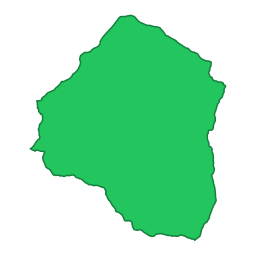 Negreni, Cluj, Romania (Mercator projection)
{"feature_id": "2599482B47059022989916", "entity_name": "Negreni", "entity_type": "district", "adm_level": 2, "iso_a3": "ROU", "parent_name": "Romania", "parent_adm1": "Cluj", "projection": "mercator", "projection_center": [22.749, 46.959], "detail": "fine", "context": "isolated", "style": "filled", "palette": "green", "viewbox_px": 256, "rotation_deg": 0, "n_neighbors": 0, "source": "geoboundaries", "source_scale": "gbopen_adm2", "svg_char_len": 5739}
<svg xmlns="http://www.w3.org/2000/svg" viewBox="0 0 256 256"><path d="M194.2,240.6L199.9,236.2L200.4,234.7L201.6,229.5L202.4,227.9L202.9,227.1L203.7,224.8L204.0,224.3L205.2,223.1L205.8,222.6L206.9,222.1L207.4,221.0L208.6,219.3L209.1,218.4L209.4,217.6L209.4,216.9L209.5,216.3L212.1,209.1L214.0,204.7L214.4,204.2L215.0,203.2L216.1,200.6L216.1,199.8L215.8,198.7L215.5,196.4L215.4,193.3L214.8,188.1L214.2,185.7L213.3,183.0L213.4,182.0L213.4,181.3L213.2,181.0L212.9,180.4L212.6,178.9L211.7,175.9L211.6,175.5L211.6,175.2L211.8,174.9L212.2,174.6L213.4,172.8L213.8,171.7L213.9,171.1L214.1,170.6L214.2,169.8L214.3,169.3L214.3,168.3L213.6,167.0L213.6,166.2L213.2,165.1L213.2,164.5L213.7,163.0L213.6,162.4L213.4,161.7L213.3,160.9L213.1,160.5L213.4,158.0L213.4,157.4L213.2,156.6L213.2,155.2L213.1,154.7L212.5,152.9L211.9,151.6L211.8,151.2L212.1,150.2L212.1,149.4L212.0,148.9L211.7,148.2L211.5,147.8L210.8,147.1L210.1,146.6L209.2,146.3L208.9,145.9L208.9,143.1L207.6,139.9L207.4,139.0L207.2,134.2L207.9,133.7L208.3,133.2L208.4,132.4L208.2,131.3L208.3,130.9L208.6,130.5L209.0,130.2L211.3,130.1L212.0,129.9L212.4,129.7L212.8,129.2L213.4,127.2L213.6,124.5L215.0,121.6L215.3,120.6L215.3,119.9L215.3,118.5L215.1,117.3L214.6,115.5L214.5,114.3L214.6,113.4L215.9,110.0L217.3,104.9L218.2,103.1L218.8,102.5L219.2,101.9L219.3,101.4L219.4,100.5L219.6,99.8L219.9,99.3L220.4,98.8L221.6,97.8L222.0,97.4L222.3,96.8L223.1,93.9L224.1,91.9L224.1,89.2L224.4,88.5L225.1,87.4L225.4,86.7L225.5,85.9L225.3,85.5L224.9,85.4L224.5,85.3L224.2,85.0L223.1,84.3L223.3,83.6L222.9,83.4L222.9,82.9L222.5,82.6L221.5,82.1L220.9,82.2L219.6,81.9L218.1,82.1L217.6,81.8L216.8,81.1L215.3,81.0L213.8,80.4L213.4,80.1L213.2,80.1L213.0,79.9L212.9,79.5L212.3,78.8L212.2,78.5L212.1,77.7L211.7,77.2L211.4,77.0L210.5,77.1L210.1,76.7L209.8,76.1L209.4,74.3L208.8,73.6L208.6,73.1L208.9,71.8L209.8,70.5L209.8,70.0L209.7,69.0L209.7,68.8L210.9,65.8L211.1,64.5L211.1,62.7L211.1,62.1L210.9,61.8L208.2,61.0L206.3,60.9L204.9,60.3L204.1,60.1L203.3,59.6L202.2,59.2L199.8,57.3L198.0,54.5L197.2,53.6L195.6,52.8L195.0,52.7L194.6,52.3L193.4,52.2L192.4,51.9L190.7,51.1L189.8,50.4L189.3,49.6L188.9,49.1L188.0,48.5L187.4,48.2L185.8,47.9L185.3,47.7L184.9,47.2L183.6,46.6L181.6,45.0L179.7,44.0L177.4,42.1L176.6,41.7L176.3,41.4L176.3,41.1L176.1,40.7L170.4,37.7L168.0,36.1L167.6,35.9L166.8,35.9L166.2,35.7L165.8,35.3L163.0,31.2L161.7,30.0L160.3,28.3L159.9,27.8L158.7,27.3L157.2,26.9L153.9,26.6L150.2,25.4L148.0,25.4L146.1,25.0L142.2,23.2L140.8,22.7L139.9,22.2L138.6,21.2L137.4,20.1L135.2,17.4L134.2,16.5L131.0,15.4L130.0,15.4L128.8,15.8L127.7,15.9L124.7,16.6L122.2,16.5L120.7,16.7L120.3,16.8L118.3,18.6L117.6,19.9L115.3,22.6L115.0,23.3L113.9,24.8L111.6,27.5L106.4,33.1L103.2,36.7L102.0,38.4L100.3,41.2L100.1,43.9L99.3,44.7L98.8,45.6L98.6,46.2L96.9,47.1L93.8,48.4L91.9,49.8L91.3,50.5L90.5,51.4L89.8,51.9L89.4,51.7L88.4,52.2L87.4,52.5L84.8,52.4L83.0,53.6L80.9,55.3L80.5,55.8L80.1,57.2L79.7,58.9L79.7,59.5L79.9,60.4L80.4,61.4L80.5,62.5L80.3,64.1L79.7,66.1L79.2,66.8L78.4,68.9L77.9,69.4L77.2,70.5L76.9,71.0L74.0,73.5L73.6,74.1L73.1,74.0L72.6,74.6L72.3,75.2L72.1,75.9L71.8,76.5L71.1,76.9L69.9,78.3L68.7,79.2L67.1,79.8L63.7,81.6L63.3,81.6L62.3,81.4L61.6,81.6L59.8,84.4L57.3,86.9L56.5,87.2L53.8,90.3L50.5,91.6L47.5,93.0L46.7,94.0L44.8,96.0L42.3,97.7L41.7,98.5L41.6,99.8L40.7,100.5L40.3,100.7L37.8,100.8L36.8,101.0L37.0,101.7L37.4,103.6L37.2,104.2L37.7,105.8L37.6,106.3L37.4,108.1L38.2,108.4L38.6,109.1L38.6,110.6L38.8,111.7L40.2,113.1L40.3,113.8L40.7,114.2L41.0,113.9L41.5,114.0L41.9,114.3L42.3,115.2L42.4,116.0L42.6,117.0L42.6,118.9L42.5,120.4L42.0,121.5L40.5,123.6L39.6,124.3L39.1,127.7L38.5,128.8L38.4,129.8L38.9,131.3L39.1,132.1L39.2,133.1L39.1,134.2L39.1,135.0L39.3,135.6L39.9,136.9L39.4,138.8L38.4,139.3L36.9,141.0L35.9,142.3L34.5,144.5L34.4,145.1L31.5,148.1L31.3,148.1L30.5,148.8L31.3,149.4L32.3,149.7L32.7,150.1L34.4,150.4L34.6,151.0L35.2,151.0L35.4,150.7L36.4,150.3L37.7,150.1L40.4,151.2L44.5,151.5L44.5,152.6L44.3,152.8L42.7,157.5L42.9,158.2L42.9,158.7L43.3,160.7L44.1,162.2L45.0,164.4L45.3,165.4L46.2,167.3L47.7,168.4L49.8,169.5L53.2,174.7L53.7,175.1L54.4,174.9L55.9,175.5L57.0,175.2L58.1,175.2L59.0,175.5L59.3,175.4L59.7,175.9L60.5,176.0L61.1,175.7L61.7,175.7L62.3,175.9L63.3,176.4L64.3,176.4L67.0,175.4L67.8,175.4L68.6,175.8L69.0,175.7L69.6,175.6L70.4,175.2L71.5,175.2L72.4,174.9L73.1,175.0L75.0,175.9L75.6,176.9L76.2,177.5L76.8,177.6L78.3,178.1L79.3,178.7L80.7,178.8L81.5,179.4L82.1,179.5L82.6,179.9L83.1,180.7L83.7,181.0L84.0,181.4L85.2,182.4L85.3,182.8L86.8,183.0L87.2,183.4L87.3,183.7L88.0,184.0L88.4,184.4L89.1,184.7L90.1,184.5L94.3,185.7L95.5,185.3L98.1,185.6L102.1,187.3L103.4,187.3L104.6,188.4L104.8,189.1L105.5,190.1L106.0,190.7L105.8,191.4L105.9,191.9L105.7,192.6L105.9,193.1L105.7,194.3L106.9,195.9L107.3,197.6L108.9,200.3L109.6,200.7L109.8,201.2L110.7,202.0L111.1,203.4L111.6,203.9L112.4,205.6L113.1,206.1L115.4,209.0L115.5,210.4L116.1,211.6L118.1,212.1L119.5,212.9L121.4,214.4L121.9,214.5L122.4,215.8L123.0,216.4L123.1,216.8L123.4,217.2L123.5,217.7L123.8,218.3L124.1,219.2L124.6,219.8L124.6,220.6L125.4,220.6L126.7,221.0L128.2,220.6L128.9,220.8L129.1,220.6L129.7,220.7L131.6,221.8L131.9,222.5L132.1,224.5L132.4,225.2L132.4,226.1L132.8,227.3L133.7,228.4L134.0,229.5L137.2,230.3L139.4,229.7L140.4,229.7L142.1,230.5L142.4,230.8L142.8,231.5L146.0,233.5L148.5,235.2L150.0,235.9L151.1,236.3L152.6,236.4L153.4,236.3L153.9,236.1L154.8,235.6L156.0,234.3L156.5,234.1L158.7,233.9L160.6,233.6L163.8,234.3L167.4,235.3L168.1,235.6L169.6,235.4L172.3,236.2L173.9,235.9L174.9,236.1L178.1,236.3L178.8,235.8L180.1,235.2L181.0,235.0L181.8,235.1L182.6,235.5L184.1,235.8L185.1,236.2L188.0,237.9L189.0,237.9L190.0,238.2L191.2,238.9L194.6,239.3L195.1,239.6L194.2,240.6Z" fill="#22c55e" stroke="#15803d" stroke-width="1.5"/></svg>